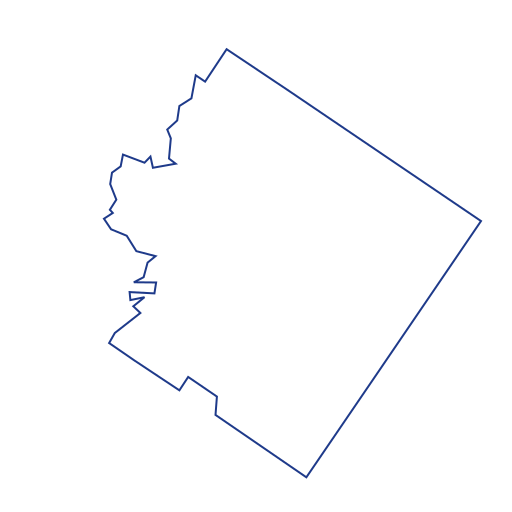 Caldwell, Louisiana, United States of America, rotated 214°
{"feature_id": "52423323B84817986944382", "entity_name": "Caldwell", "entity_type": "district", "adm_level": 2, "iso_a3": "USA", "parent_name": "United States of America", "parent_adm1": "Louisiana", "projection": "orthographic", "projection_center": [-91.986, 32.102], "detail": "fine", "context": "isolated", "style": "outline", "palette": "blue", "viewbox_px": 512, "rotation_deg": 214, "n_neighbors": 0, "source": "geoboundaries", "source_scale": "gbopen_adm2", "svg_char_len": 726}
<svg xmlns="http://www.w3.org/2000/svg" viewBox="0 0 512 512"><g transform="rotate(214 256 256)"><path d="M89.9,217.1L89.0,410.8L320.0,411.3L396.0,411.0L395.7,372.1L407.0,372.1L397.7,350.6L403.4,337.5L397.1,324.3L400.3,311.2L392.4,305.9L382.6,288.1L374.2,287.6L390.8,271.5L399.1,279.4L400.6,271.0L423.0,265.7L418.3,254.6L422.0,244.6L417.1,234.1L403.3,224.6L403.0,212.6L398.8,211.6L402.9,201.9L391.1,197.1L374.5,200.5L357.9,193.1L339.2,199.7L342.2,189.9L337.3,175.6L342.6,165.9L324.0,178.2L319.3,168.2L340.6,155.4L335.5,149.2L325.4,159.5L329.6,145.7L320.0,144.1L330.0,113.2L329.1,101.7L298.3,101.4L244.4,101.8L244.6,117.8L209.8,117.6L200.7,101.6L90.5,100.7L89.9,217.1Z" fill="none" stroke="#1e3a8a" stroke-width="2"/></g></svg>